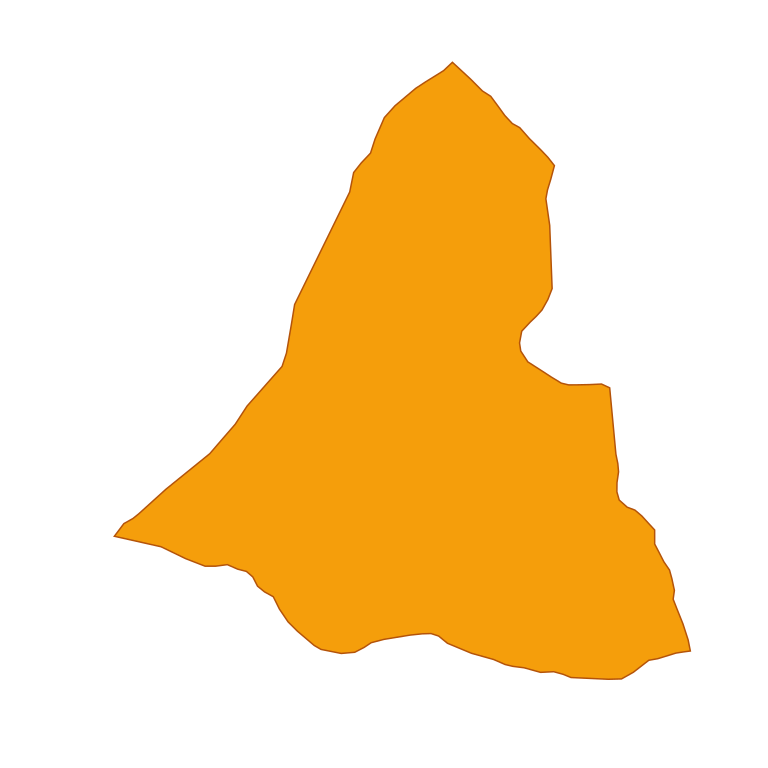 Itapura, São Paulo, Brazil (Robinson projection), rotated 355°
{"feature_id": "56859067B23822511456488", "entity_name": "Itapura", "entity_type": "district", "adm_level": 2, "iso_a3": "BRA", "parent_name": "Brazil", "parent_adm1": "São Paulo", "projection": "robinson", "projection_center": [-51.427, -20.578], "detail": "fine", "context": "isolated", "style": "filled", "palette": "amber", "viewbox_px": 768, "rotation_deg": 355, "n_neighbors": 0, "source": "geoboundaries", "source_scale": "gbopen_adm2", "svg_char_len": 1629}
<svg xmlns="http://www.w3.org/2000/svg" viewBox="0 0 768 768"><g transform="rotate(355 384 384)"><path d="M665.9,676.7L664.7,665.6L660.9,649.0L656.0,632.8L653.3,623.6L655.3,614.9L653.8,602.9L652.2,594.2L647.3,585.5L643.4,575.9L639.7,567.0L640.9,553.0L635.1,545.5L629.4,538.0L623.0,531.5L615.5,527.9L608.2,520.1L606.6,511.7L607.5,502.6L610.0,492.0L610.0,483.7L608.9,474.1L608.5,407.5L600.7,403.0L588.4,402.5L576.5,401.7L567.9,401.0L560.7,398.6L551.2,391.6L540.1,382.9L529.2,374.5L523.1,363.1L522.6,354.9L525.8,343.4L534.9,335.2L541.6,329.8L547.8,324.1L554.6,314.1L559.8,303.6L562.9,240.4L561.4,213.6L563.8,204.9L568.0,194.5L572.8,181.3L567.1,172.6L561.0,164.9L550.3,152.3L541.6,140.5L534.5,135.7L527.7,127.0L522.2,117.8L515.4,106.7L507.6,100.7L496.9,87.9L480.2,69.5L470.7,77.0L463.7,80.6L452.0,86.5L441.4,92.2L419.3,107.7L407.6,118.6L396.5,139.1L390.7,152.8L380.5,161.9L372.2,170.7L366.6,189.7L301.9,297.0L297.0,316.3L289.5,344.8L284.0,357.6L245.7,394.0L232.3,411.1L213.4,429.4L204.4,438.2L157.6,469.8L128.3,492.0L122.2,496.1L112.7,500.4L102.1,512.2L147.7,526.7L171.2,540.7L189.9,549.9L200.5,550.8L212.2,550.3L222.1,555.7L230.6,558.7L236.5,564.8L240.4,574.4L246.9,580.7L255.2,586.3L260.2,599.1L267.7,612.6L276.2,622.7L291.7,638.4L298.1,642.9L317.9,648.7L331.5,648.7L341.2,644.7L348.7,640.6L361.6,638.4L388.2,636.4L400.4,636.2L409.1,636.7L416.4,639.8L424.6,647.8L447.7,659.9L469.2,668.0L480.2,674.0L487.7,676.5L498.8,678.9L514.8,684.9L528.0,685.4L537.1,688.8L544.7,692.7L581.8,697.7L594.9,698.5L607.3,692.9L623.7,682.3L632.8,681.5L651.4,677.5L659.0,677.0L665.9,676.7Z" fill="#f59e0b" stroke="#b45309" stroke-width="1.5"/></g></svg>